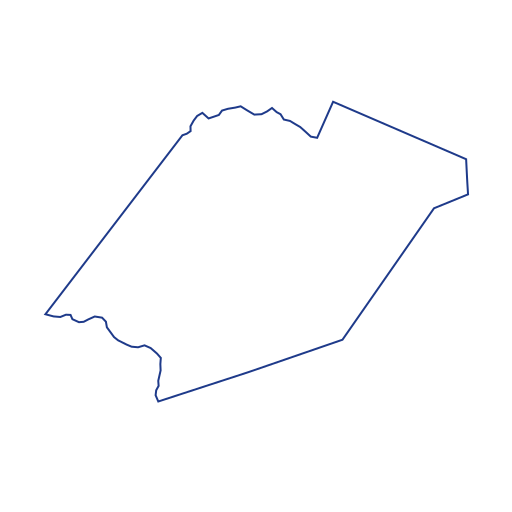 Pendências, Rio Grande do Norte, Brazil (Albers equal-area conic projection), rotated 293°
{"feature_id": "56859067B61214464369559", "entity_name": "Pendências", "entity_type": "district", "adm_level": 2, "iso_a3": "BRA", "parent_name": "Brazil", "parent_adm1": "Rio Grande do Norte", "projection": "albers", "projection_center": [-36.63, -5.294], "detail": "fine", "context": "isolated", "style": "outline", "palette": "blue", "viewbox_px": 512, "rotation_deg": 293, "n_neighbors": 0, "source": "geoboundaries", "source_scale": "gbopen_adm2", "svg_char_len": 951}
<svg xmlns="http://www.w3.org/2000/svg" viewBox="0 0 512 512"><g transform="rotate(293 256 256)"><path d="M427.2,411.6L428.1,266.7L388.7,266.1L387.3,259.8L389.7,253.1L392.0,246.3L392.7,240.8L393.6,234.5L392.5,228.3L396.1,223.2L396.5,218.8L398.5,212.9L393.4,209.7L388.7,205.7L385.5,199.2L386.6,190.9L387.8,183.4L384.5,178.9L380.5,172.6L376.6,167.9L371.3,166.7L367.9,162.9L364.1,158.6L366.8,150.7L361.9,147.1L356.3,145.7L349.8,145.0L345.4,147.0L341.5,144.5L338.4,141.1L120.1,84.9L121.3,93.3L123.4,99.7L127.7,104.0L129.3,108.3L126.1,111.7L125.9,118.9L128.1,123.1L132.1,126.4L137.3,131.2L139.1,138.4L136.9,143.5L132.1,146.6L125.9,157.0L124.5,162.0L123.9,171.4L123.9,176.9L125.9,183.1L130.2,188.3L130.1,195.0L127.5,203.0L125.0,208.2L119.1,210.2L113.4,212.9L102.9,214.8L98.4,217.1L93.4,216.6L88.6,218.0L83.9,222.9L146.4,294.7L212.7,368.3L369.5,401.2L395.6,427.1L405.8,422.0L410.7,419.6L427.2,411.6Z" fill="none" stroke="#1e3a8a" stroke-width="2"/></g></svg>